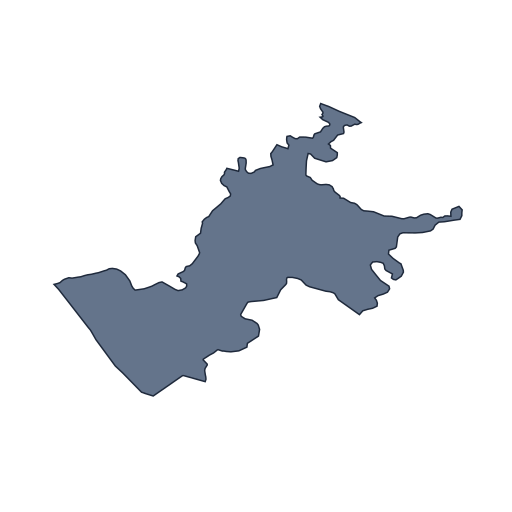 Mahagi, Orientale, Democratic Republic of the Congo, rotated 108°
{"feature_id": "63176286B15680618396169", "entity_name": "Mahagi", "entity_type": "district", "adm_level": 2, "iso_a3": "COD", "parent_name": "Democratic Republic of the Congo", "parent_adm1": "Orientale", "projection": "natural_earth1", "projection_center": [30.592, 2.325], "detail": "fine", "context": "isolated", "style": "filled", "palette": "slate", "viewbox_px": 512, "rotation_deg": 108, "n_neighbors": 0, "source": "geoboundaries", "source_scale": "gbopen_adm2", "svg_char_len": 5110}
<svg xmlns="http://www.w3.org/2000/svg" viewBox="0 0 512 512"><g transform="rotate(108 256 256)"><path d="M96.6,197.1L96.3,198.0L96.2,198.5L93.8,204.9L92.7,221.4L91.4,232.4L91.0,241.6L92.0,241.6L94.0,241.7L96.1,240.0L98.5,236.8L99.7,236.5L100.8,236.9L101.0,237.0L102.3,235.5L103.1,235.7L104.2,237.9L104.7,236.8L105.7,234.7L106.5,228.3L107.7,226.5L108.9,226.4L109.5,226.7L109.8,226.9L109.9,227.0L110.8,229.2L111.9,230.8L113.9,231.9L118.0,233.0L121.6,237.8L122.5,238.2L122.9,238.2L124.4,238.2L125.2,238.1L126.5,238.6L127.6,245.5L129.4,251.2L131.7,252.9L132.3,255.1L132.2,255.4L131.8,257.8L131.1,260.6L132.7,263.5L134.1,263.3L136.0,262.8L138.9,261.3L140.4,259.0L144.1,258.8L144.1,261.6L144.2,264.6L144.2,265.2L144.2,265.5L143.7,270.5L152.1,272.8L154.0,273.6L156.6,272.6L159.6,270.5L164.1,267.9L164.9,268.8L166.6,270.4L169.4,275.4L171.1,278.3L171.5,279.0L174.7,282.9L174.8,283.0L176.5,283.5L178.9,286.1L179.1,286.7L179.6,288.7L179.0,290.4L178.4,291.3L177.4,292.6L176.6,293.0L176.2,293.2L170.6,294.1L167.8,295.1L166.9,295.8L166.4,296.9L166.6,298.7L167.2,301.7L168.9,303.0L170.9,302.6L172.6,301.6L177.7,299.1L180.8,298.8L181.0,302.3L181.6,310.8L182.7,310.9L186.1,311.9L186.4,311.7L187.3,311.4L188.6,311.5L189.5,312.0L191.0,312.9L192.0,313.1L193.3,313.4L195.1,313.2L197.5,311.1L198.9,308.1L199.3,305.1L202.9,301.5L204.8,299.3L206.9,299.0L209.0,300.6L211.1,303.0L213.9,304.2L217.3,305.6L226.4,311.3L233.1,313.1L234.7,314.9L237.0,316.5L240.1,317.7L241.6,316.9L246.6,316.7L251.5,315.8L256.3,319.3L260.1,318.7L262.3,317.7L264.4,315.1L270.3,310.6L271.5,310.6L274.1,311.1L283.0,314.2L285.8,316.0L287.6,319.1L289.0,319.6L291.8,319.5L293.3,320.4L297.1,324.5L299.4,325.0L299.6,322.6L300.6,320.7L303.1,319.6L303.2,317.5L303.9,313.4L306.1,312.6L308.1,313.1L311.0,315.7L313.0,319.4L312.8,322.6L311.8,327.1L311.4,328.9L309.7,337.3L309.8,337.5L311.3,340.1L314.6,343.5L316.8,345.6L318.8,348.2L321.8,352.3L325.8,360.4L324.6,362.9L322.9,364.9L318.7,368.3L314.2,374.4L312.1,380.0L311.8,382.0L311.5,384.5L312.2,388.8L313.5,391.7L315.7,393.8L317.0,395.8L320.6,400.7L321.8,402.9L324.2,406.8L325.9,410.3L327.6,413.0L329.9,416.2L331.2,418.9L333.9,424.1L334.5,427.3L337.3,431.0L339.0,432.5L341.9,434.2L343.6,436.4L345.4,439.3L348.7,433.4L358.5,418.9L375.9,393.3L377.5,390.7L380.6,387.2L385.0,382.4L404.1,355.8L408.4,346.6L420.9,322.8L420.9,321.1L420.9,319.6L421.0,319.6L421.0,318.7L420.9,310.5L394.7,290.6L392.4,288.8L392.1,287.8L391.2,265.5L388.7,265.5L386.5,266.4L384.8,267.4L380.9,269.4L378.7,269.7L374.7,268.7L373.9,269.0L371.1,274.2L370.3,274.2L364.7,269.7L361.3,266.4L357.8,264.1L357.4,263.9L356.8,263.2L356.8,261.6L356.8,258.7L356.3,257.1L356.0,254.8L354.9,250.3L351.5,243.0L345.5,236.5L341.7,237.2L331.4,228.9L324.7,229.9L321.0,232.5L319.9,234.1L318.3,239.9L319.1,247.0L318.0,251.2L317.4,251.9L316.3,252.5L314.9,252.2L303.7,249.9L302.3,249.3L300.9,246.7L295.9,235.0L291.7,227.9L289.1,223.4L280.5,222.1L274.0,218.9L272.7,218.5L271.0,218.9L268.7,219.8L267.1,219.8L266.5,219.2L265.1,214.7L264.8,212.1L264.5,209.5L264.8,205.6L268.2,199.4L268.7,195.6L267.9,178.7L267.1,174.5L267.1,172.6L267.1,171.0L267.6,169.3L272.1,164.2L279.8,139.5L275.1,137.5L272.1,133.2L269.7,129.0L268.5,127.7L266.3,125.4L263.4,126.0L260.9,127.8L259.2,130.2L256.0,127.7L252.9,123.2L249.8,119.8L245.9,118.8L243.6,120.2L240.8,130.1L237.3,135.5L233.0,142.0L229.2,144.5L225.7,143.2L224.0,139.3L223.5,135.5L223.6,132.8L225.6,130.9L228.5,129.5L229.6,127.8L230.9,120.7L233.3,120.5L235.0,120.4L235.8,118.1L235.5,115.6L233.1,113.7L230.3,111.6L226.9,111.0L225.9,110.8L224.1,111.5L219.1,115.4L218.6,115.8L218.4,117.3L215.9,125.0L213.2,130.6L209.4,131.4L208.3,129.8L205.7,126.0L204.0,125.3L194.1,127.1L190.5,126.0L188.5,123.5L186.8,118.0L184.8,111.6L182.2,104.9L178.2,97.8L175.7,95.9L171.3,95.2L167.3,92.6L165.1,87.2L163.5,84.1L160.7,78.7L158.1,73.3L154.1,72.7L151.3,73.6L148.4,74.2L146.1,78.3L150.9,84.0L153.7,84.3L154.2,84.3L158.0,82.9L158.7,86.3L159.6,88.8L161.6,90.2L161.9,91.5L162.0,92.1L163.2,93.9L164.0,95.2L164.3,96.5L162.7,103.1L162.7,105.7L163.3,106.9L164.3,109.2L166.3,112.0L168.4,113.8L170.0,115.1L170.9,117.2L171.0,118.9L171.1,120.7L171.3,121.2L171.6,122.0L174.9,126.8L175.5,129.0L176.2,139.0L178.4,146.4L177.6,157.9L178.8,163.7L179.4,166.2L179.5,166.6L179.7,167.5L179.5,168.8L179.2,170.3L176.3,175.3L175.9,176.2L175.4,178.6L175.9,182.5L175.9,182.8L175.8,183.0L174.0,190.5L174.9,194.0L174.3,194.2L173.6,194.3L173.1,194.8L172.7,195.3L170.8,200.6L169.8,202.2L168.7,202.9L168.2,203.2L167.9,203.6L166.5,205.1L166.1,206.8L165.7,208.3L166.3,211.5L168.2,216.1L168.5,217.9L168.5,218.3L168.5,219.9L167.8,222.3L166.6,226.1L164.6,228.6L164.2,232.7L163.5,233.6L162.3,234.0L156.3,235.7L149.9,237.4L142.4,238.1L142.1,235.6L144.9,230.4L144.8,218.5L141.6,212.7L137.5,209.6L134.8,209.9L132.6,210.6L130.4,218.4L127.9,219.4L127.1,221.7L124.1,220.0L123.7,219.6L121.9,217.9L121.7,217.9L115.9,215.8L115.7,215.7L115.2,214.9L115.0,214.6L112.5,210.6L111.0,210.6L108.5,211.8L106.9,212.6L105.7,212.8L104.2,211.8L103.2,209.8L103.7,207.4L103.1,205.7L100.1,202.8L100.0,201.6L99.8,200.7L99.4,200.0L98.9,199.3L97.7,198.4L96.6,197.1Z" fill="#64748b" stroke="#1e293b" stroke-width="1.5"/></g></svg>